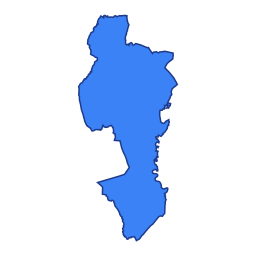 Apulco, Zacatecas, Mexico
{"feature_id": "50627088B1101262479506", "entity_name": "Apulco", "entity_type": "district", "adm_level": 2, "iso_a3": "MEX", "parent_name": "Mexico", "parent_adm1": "Zacatecas", "projection": "equal_earth", "projection_center": [-102.688, 21.456], "detail": "fine", "context": "isolated", "style": "filled", "palette": "blue", "viewbox_px": 256, "rotation_deg": 0, "n_neighbors": 0, "source": "geoboundaries", "source_scale": "gbopen_adm2", "svg_char_len": 5817}
<svg xmlns="http://www.w3.org/2000/svg" viewBox="0 0 256 256"><path d="M136.4,240.6L139.4,239.0L141.4,236.3L141.6,235.6L143.0,234.7L146.2,230.7L147.3,229.6L147.7,228.8L149.2,227.4L150.6,225.7L152.7,224.2L158.4,217.1L159.2,216.4L160.6,216.0L162.5,216.2L164.0,214.0L164.6,213.6L164.7,213.1L165.0,205.1L165.3,203.2L165.2,202.0L166.1,199.4L165.4,198.8L165.4,196.6L164.6,196.1L165.4,195.1L164.4,193.6L166.3,192.5L167.0,191.7L167.7,189.9L167.6,189.3L167.8,188.6L167.7,188.4L167.3,188.5L167.0,187.9L164.0,188.9L163.3,188.9L162.3,188.4L161.5,187.6L161.1,184.6L160.5,183.2L159.8,182.1L158.7,181.5L155.9,180.9L155.2,179.7L155.0,179.0L155.5,177.8L156.0,177.3L157.4,176.4L157.7,175.7L157.7,174.9L157.1,174.2L156.1,173.8L154.9,173.6L153.9,173.6L153.0,173.4L152.3,171.6L152.5,171.0L153.3,170.3L155.0,169.4L155.7,169.3L156.9,171.0L157.7,170.9L157.8,170.3L157.2,166.5L156.9,166.4L156.4,165.9L156.4,165.1L156.2,164.9L155.2,164.5L155.0,164.1L154.5,163.1L154.5,161.2L154.1,160.7L154.4,159.5L154.8,159.1L155.2,159.1L155.6,160.0L155.4,160.6L156.5,161.4L156.9,161.3L157.1,160.4L156.5,158.7L156.2,157.1L156.5,156.9L157.0,156.9L157.4,157.4L157.9,157.2L158.0,156.7L157.5,155.4L157.4,153.6L157.6,152.2L158.1,151.4L157.8,151.0L155.9,151.1L156.2,149.9L156.4,148.0L156.2,147.8L156.3,147.2L156.6,147.1L158.0,147.6L158.5,146.6L157.5,146.2L156.8,146.5L156.3,146.4L155.7,145.3L155.5,144.3L155.7,143.5L156.8,142.2L158.0,142.3L158.8,142.8L159.1,141.7L157.3,138.9L156.9,138.7L156.5,139.0L156.2,138.6L155.7,137.2L156.0,136.7L158.1,137.0L158.3,135.2L158.8,135.2L160.6,136.2L161.2,136.2L163.2,134.1L162.8,133.6L164.7,132.3L167.2,128.6L167.7,125.8L168.7,125.3L168.7,123.6L168.8,123.1L169.1,122.6L169.2,121.5L168.8,121.2L168.8,119.7L166.0,121.2L164.2,123.2L163.3,123.4L162.3,123.0L160.8,121.9L159.7,115.5L159.7,112.5L159.9,110.7L160.2,110.1L161.4,110.3L162.3,110.1L162.8,109.1L163.1,108.9L164.1,109.1L164.5,108.9L164.9,108.5L164.9,108.0L164.6,107.7L164.3,107.6L164.9,106.8L164.8,106.4L164.9,106.5L167.2,103.9L167.6,104.4L167.1,107.4L166.7,108.0L168.1,107.9L168.6,108.1L168.8,107.9L169.3,105.7L170.2,105.7L170.6,103.5L169.1,103.3L167.8,102.5L168.2,101.3L168.5,101.1L168.5,100.7L169.8,98.6L170.6,95.7L171.0,95.6L171.7,94.6L171.8,94.3L171.3,92.8L171.2,91.9L172.1,88.8L177.3,84.5L176.2,82.2L173.7,77.8L169.4,72.5L164.9,67.8L166.2,65.1L167.3,63.4L169.0,61.8L172.7,59.0L173.2,55.1L173.0,53.7L173.1,53.1L165.0,51.3L163.8,51.4L163.3,51.9L162.2,51.6L160.4,52.0L159.9,51.9L159.0,52.6L158.5,52.8L157.0,52.2L156.6,51.8L155.5,51.8L155.1,52.0L153.4,52.2L152.4,53.5L149.9,49.9L148.4,47.5L147.2,47.7L140.8,45.0L136.0,43.6L135.5,43.6L134.8,44.4L133.8,45.1L132.6,44.9L132.3,43.6L131.8,43.1L131.1,42.6L129.7,43.5L129.0,45.4L128.4,44.9L128.2,44.1L126.6,44.8L126.0,44.4L125.7,43.7L125.5,42.6L125.5,41.0L125.8,40.4L125.2,38.6L125.4,37.7L125.5,36.3L126.0,35.2L126.2,34.2L126.4,34.2L126.5,33.8L126.5,32.5L127.5,30.4L127.4,29.9L127.7,28.7L128.5,25.8L128.9,25.1L128.7,24.2L128.3,23.8L127.7,22.3L127.4,21.0L127.0,19.0L126.8,17.3L126.9,17.2L126.9,15.7L126.6,15.7L126.3,16.0L126.0,16.0L125.8,15.6L125.1,15.4L121.4,15.8L120.8,15.7L120.5,15.9L119.8,15.6L117.0,16.7L116.6,16.7L116.1,16.0L115.2,15.8L114.5,16.0L114.0,16.5L113.9,16.9L113.2,17.3L111.7,17.0L111.2,17.2L110.9,17.1L110.0,17.2L109.6,17.0L108.2,17.3L107.4,17.0L107.6,16.5L107.6,16.0L107.2,16.0L106.7,16.8L106.0,16.4L105.1,15.5L104.8,15.4L104.0,15.6L103.7,16.1L103.9,17.8L103.6,17.9L102.4,16.8L100.8,16.0L99.7,18.1L99.0,18.5L98.4,19.6L97.5,22.0L97.5,22.5L98.0,23.4L98.0,24.1L97.9,24.3L96.9,24.1L96.6,25.7L96.0,26.0L95.8,26.8L95.4,27.1L94.6,26.9L93.9,28.0L93.6,28.3L93.4,28.7L93.4,29.1L93.8,29.7L93.6,30.7L93.0,31.8L91.1,32.6L90.4,34.0L90.2,34.6L89.8,35.5L89.4,35.7L88.9,37.5L87.8,40.0L87.9,41.2L87.6,42.4L87.6,44.0L89.8,45.5L89.5,46.2L89.4,47.5L90.7,49.8L90.9,50.8L91.0,52.5L90.7,53.4L90.6,54.2L91.8,55.0L93.6,55.8L95.6,57.4L96.5,57.4L97.4,58.0L97.2,59.5L97.1,60.6L95.9,61.1L95.0,61.7L94.7,62.2L94.3,64.2L94.1,64.7L92.9,65.8L92.2,67.6L92.0,68.8L91.6,69.1L91.7,70.1L91.5,70.5L91.6,71.6L90.8,71.5L90.4,71.9L90.7,72.4L90.3,72.6L90.3,73.0L89.9,73.1L89.8,73.9L89.6,74.1L89.0,74.0L88.4,74.6L87.9,76.3L87.6,76.8L87.3,76.6L86.9,76.9L86.1,78.7L85.6,78.7L85.5,79.0L85.1,78.8L84.7,78.8L84.3,79.0L83.9,80.2L83.5,80.3L82.3,82.7L81.3,83.0L80.5,83.5L78.8,86.4L78.7,87.1L79.1,88.5L79.1,89.1L78.8,94.1L78.8,95.1L79.4,96.6L79.4,99.6L80.5,104.2L81.4,109.5L83.2,114.9L83.9,117.9L84.3,118.9L84.8,121.3L86.1,124.2L87.2,126.0L89.5,127.5L90.8,128.7L91.2,129.7L92.1,131.0L93.3,130.8L94.8,130.1L95.3,129.7L96.7,129.5L98.2,129.8L99.1,129.5L100.2,130.2L100.8,129.5L101.5,129.6L103.0,125.3L104.1,126.8L105.6,127.4L106.0,127.0L106.6,127.3L107.8,127.0L109.9,125.7L110.4,125.8L111.5,125.5L112.7,127.5L113.1,127.6L113.3,128.0L113.2,128.4L113.6,130.8L113.6,131.8L113.2,132.3L113.1,132.7L113.9,133.6L114.6,134.0L115.3,134.0L115.1,135.9L115.4,136.5L115.4,137.6L114.5,139.6L114.4,140.4L120.0,140.8L121.7,147.9L123.5,152.6L124.8,155.1L126.1,158.2L127.5,163.2L129.3,167.4L129.1,167.8L124.8,174.0L123.7,174.7L121.9,175.2L120.0,175.9L97.6,182.5L102.2,186.6L102.6,187.6L102.4,194.2L106.0,194.8L106.2,196.0L107.1,196.4L107.5,197.2L108.0,199.4L108.2,199.9L108.7,200.3L111.0,201.0L111.4,200.9L111.6,200.4L112.4,200.3L113.3,200.8L113.9,201.5L113.8,202.5L114.7,203.6L114.6,204.8L115.0,205.3L115.0,205.8L115.4,206.5L117.6,209.2L119.3,212.3L119.9,214.5L120.4,215.0L120.5,215.8L121.1,216.3L121.8,216.5L122.0,216.9L121.7,217.0L122.0,218.7L122.2,219.0L123.0,219.3L122.5,220.8L123.8,223.4L123.9,223.9L123.9,224.6L123.4,225.6L123.5,226.7L123.7,226.9L123.7,227.2L122.7,228.3L122.9,229.8L123.6,230.8L122.7,231.5L122.7,231.9L123.0,232.8L123.3,233.1L123.3,234.4L123.6,234.6L123.8,235.5L124.4,235.6L124.6,236.7L125.1,236.6L126.1,237.4L127.0,239.1L127.6,239.1L128.3,238.9L129.2,237.7L131.1,237.6L131.2,237.0L134.6,236.9L136.4,240.6Z" fill="#3b82f6" stroke="#1e3a8a" stroke-width="1.5"/></svg>